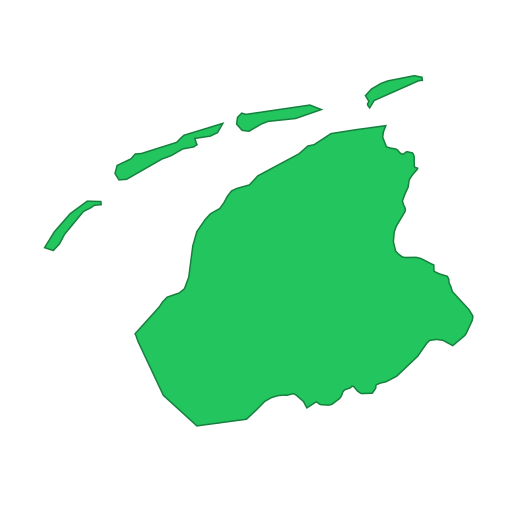 Friesland, Mercator projection, rotated 354°
{"feature_id": "NLD-895", "entity_name": "Friesland", "entity_type": "Province", "adm_level": 1, "iso_a3": "NLD", "parent_name": "Netherlands", "parent_adm1": "", "projection": "mercator", "projection_center": [5.86, 53.152], "detail": "fine", "context": "isolated", "style": "filled", "palette": "green", "viewbox_px": 512, "rotation_deg": 354, "n_neighbors": 0, "source": "natural_earth", "source_scale": "10m", "svg_char_len": 2642}
<svg xmlns="http://www.w3.org/2000/svg" viewBox="0 0 512 512"><g transform="rotate(354 256 256)"><path d="M127.6,320.7L154.5,296.5L158.4,291.8L163.4,287.6L175.9,284.7L181.4,281.1L186.9,270.0L194.2,239.3L199.7,225.6L209.2,214.5L215.0,209.3L224.9,205.0L229.5,199.9L233.7,193.7L238.5,188.7L244.0,186.8L256.9,184.6L266.3,176.4L309.4,158.9L319.1,152.0L325.3,151.4L343.4,142.1L369.4,140.8L398.7,139.9L395.8,145.7L394.4,151.1L397.1,161.0L400.9,162.7L406.0,164.1L407.0,164.7L408.0,165.7L409.6,168.0L410.7,169.2L411.6,169.7L412.4,170.0L413.2,169.9L414.2,169.6L415.7,168.5L416.4,168.2L417.3,168.1L422.3,169.8L423.2,171.3L423.7,173.8L423.1,179.4L422.9,183.8L423.4,184.4L424.1,184.8L425.9,185.5L425.9,186.0L425.2,186.9L420.6,191.1L417.0,195.3L416.0,197.3L414.6,203.2L410.6,210.0L407.3,216.7L407.8,218.9L408.1,220.7L408.6,221.9L409.1,223.2L409.4,224.5L409.4,225.7L408.7,227.6L398.7,240.9L396.0,246.5L394.1,256.1L395.4,265.8L397.9,269.0L401.4,272.2L403.8,273.0L415.3,274.1L419.9,275.8L429.6,282.2L431.9,283.5L431.4,289.6L432.3,290.4L436.5,292.9L444.1,296.2L444.7,297.5L445.4,300.0L445.1,302.5L446.6,306.9L447.6,312.0L462.2,331.6L465.4,338.4L465.0,340.4L464.2,342.9L456.8,355.2L455.2,357.0L442.3,365.7L433.3,359.5L427.2,357.9L420.1,358.0L417.1,360.3L415.3,362.2L406.3,372.6L383.4,390.2L372.1,394.7L366.9,395.3L362.5,396.5L361.9,397.0L361.6,397.5L361.4,399.5L361.1,400.2L357.3,404.6L346.7,403.9L345.4,403.2L342.9,401.0L339.7,396.3L338.3,395.6L337.6,395.5L336.9,396.3L335.9,397.0L330.5,398.3L329.2,399.2L328.2,400.2L327.5,401.7L326.6,403.5L325.4,405.3L324.0,406.6L316.1,411.4L314.0,411.8L312.5,411.9L304.9,410.6L303.9,410.1L300.7,407.3L290.7,412.4L288.0,405.6L281.3,398.4L278.7,396.8L273.1,397.6L272.4,397.8L268.7,397.2L262.6,397.2L256.1,398.6L249.5,401.5L240.8,408.7L229.5,417.3L179.4,418.8L179.0,418.3L149.3,384.9L129.7,328.6L129.3,326.9L128.3,322.5L127.7,321.1L127.6,320.7ZM193.3,131.1L196.9,128.4L236.9,120.6L230.6,129.3L223.0,132.0L207.3,132.7L207.8,134.2L208.4,137.5L209.0,139.1L205.4,141.0L194.2,141.9L182.2,147.3L172.7,149.7L135.3,166.2L127.7,166.0L124.4,159.2L127.4,151.4L141.8,146.3L146.6,141.9L152.7,142.1L188.9,134.7L193.3,131.1ZM260.8,114.1L325.4,111.5L336.3,117.2L309.7,123.4L282.0,123.4L275.0,125.3L262.1,131.2L255.3,129.6L250.5,122.8L252.1,116.2L256.7,112.4L260.8,114.1ZM405.6,95.6L432.3,93.2L439.8,95.6L439.8,98.7L436.1,98.7L389.8,113.7L384.5,120.6L382.9,117.8L382.8,116.3L384.5,114.1L381.6,107.9L388.4,101.9L398.5,97.4L405.6,95.6ZM46.6,225.6L58.0,210.8L75.6,194.5L93.9,183.8L107.4,185.6L107.4,188.7L100.3,188.7L96.9,190.7L89.0,193.7L67.8,214.5L61.9,223.3L55.0,229.4L46.6,225.6Z" fill="#22c55e" stroke="#15803d" stroke-width="1.5"/></g></svg>